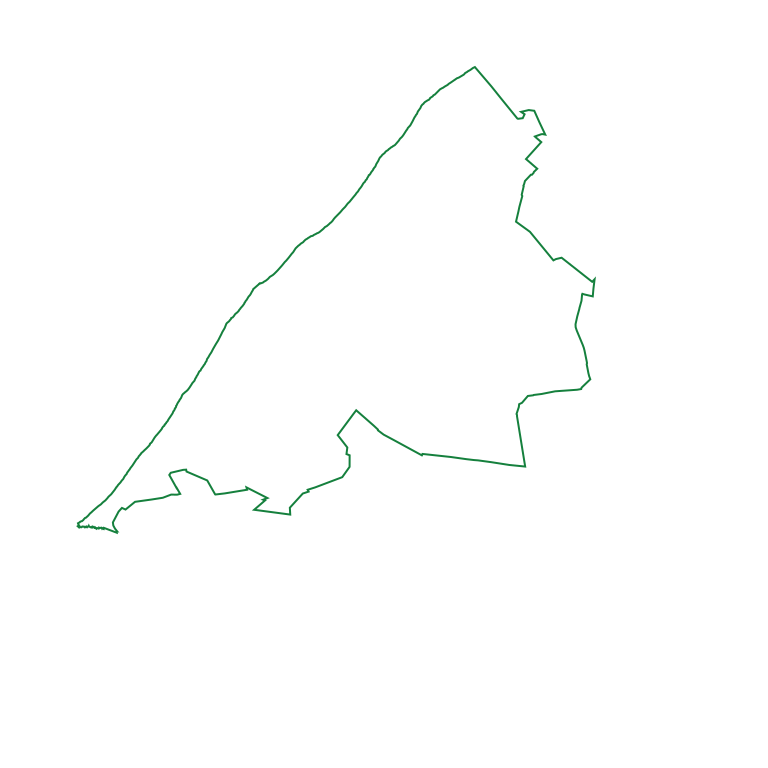 Užavas pag., Ventspils, Latvia (Robinson projection), rotated 40°
{"feature_id": "27541924B2507062447698", "entity_name": "Užavas pag.", "entity_type": "district", "adm_level": 2, "iso_a3": "LVA", "parent_name": "Latvia", "parent_adm1": "Ventspils", "projection": "robinson", "projection_center": [21.426, 57.179], "detail": "fine", "context": "isolated", "style": "outline", "palette": "green", "viewbox_px": 768, "rotation_deg": 40, "n_neighbors": 0, "source": "geoboundaries", "source_scale": "gbopen_adm2", "svg_char_len": 6093}
<svg xmlns="http://www.w3.org/2000/svg" viewBox="0 0 768 768"><g transform="rotate(40 384 384)"><path d="M545.2,356.5L506.5,323.1L505.9,322.3L504.8,321.8L502.1,315.0L500.5,312.6L501.8,309.7L501.9,300.7L505.6,296.7L505.7,296.2L511.1,290.4L519.8,279.6L535.6,264.3L538.3,261.1L537.7,259.8L539.0,247.8L536.1,246.1L533.6,244.3L526.6,238.6L526.1,237.5L524.4,236.1L516.1,229.5L513.7,227.8L511.1,226.3L497.2,219.1L494.3,217.3L492.3,215.1L488.6,208.0L485.3,200.8L485.0,200.4L481.8,193.3L478.2,188.1L478.0,187.4L479.7,186.7L487.6,182.7L483.2,176.4L478.0,168.4L477.8,171.9L438.9,173.1L435.4,177.8L434.3,180.4L398.0,173.6L380.8,174.8L375.9,165.1L373.9,161.4L369.1,151.1L367.9,150.6L363.9,142.7L363.4,142.6L362.8,140.7L361.5,137.9L362.0,129.3L362.8,128.6L362.9,126.2L362.5,125.2L363.0,120.6L348.2,120.4L349.0,97.6L341.3,97.5L340.5,97.4L343.9,91.6L344.9,90.6L347.2,89.3L334.8,83.6L323.5,78.1L318.8,81.1L314.1,87.4L318.3,87.0L319.4,91.2L316.2,94.7L315.4,94.9L290.0,90.0L275.0,87.0L249.9,82.8L249.0,84.8L248.3,87.8L247.2,90.7L247.0,91.8L246.3,93.5L246.3,95.3L246.2,95.9L244.3,101.3L243.4,102.8L241.3,110.4L240.6,112.6L240.5,113.9L239.4,116.9L238.7,119.4L238.3,120.1L237.5,122.3L236.9,129.6L236.3,131.0L236.4,132.3L235.5,135.2L235.7,135.6L235.7,137.4L235.1,138.6L234.1,141.8L234.0,143.1L234.1,144.1L233.8,145.1L233.8,146.9L234.5,149.3L234.8,153.5L235.6,155.9L235.6,157.6L235.9,158.7L236.0,160.2L237.0,164.3L237.9,169.0L237.7,172.6L238.1,174.1L238.1,175.4L238.8,180.7L238.9,182.1L238.9,183.5L238.6,185.8L238.9,188.1L238.8,193.8L238.4,195.1L238.0,196.0L237.9,196.8L237.2,198.6L237.2,199.3L236.7,201.1L236.7,202.2L236.0,204.3L235.9,205.2L236.0,206.7L235.4,209.5L235.5,211.5L235.3,213.0L235.5,214.3L236.2,216.8L236.7,220.3L237.6,223.1L237.5,224.7L237.7,225.7L237.6,226.1L237.9,226.7L238.0,227.5L238.1,230.4L238.4,231.4L238.4,232.0L238.5,232.7L238.4,233.4L238.1,233.8L238.5,234.9L238.8,237.1L239.2,238.3L239.0,239.7L239.4,241.4L239.2,242.6L239.2,243.7L239.8,247.1L239.9,249.1L239.9,250.7L240.3,253.2L240.2,255.6L240.4,257.1L240.4,260.7L240.5,266.5L240.2,269.1L240.4,273.3L240.1,276.9L240.1,280.4L239.5,288.0L239.5,290.0L239.7,292.1L239.6,294.1L239.2,295.7L239.2,296.5L238.7,299.7L237.9,301.8L237.8,304.0L236.9,309.2L236.3,310.8L235.7,311.8L235.4,312.8L234.4,315.0L234.2,316.2L232.9,318.0L232.6,319.4L232.0,320.9L231.9,321.7L231.1,323.9L230.9,325.8L230.9,327.3L230.0,330.1L229.9,331.6L229.5,333.0L229.1,336.9L229.7,341.5L229.6,343.5L229.8,348.5L229.8,352.4L229.6,354.3L229.7,358.7L229.5,365.6L229.1,370.1L228.8,372.0L227.7,375.3L227.6,378.0L227.1,380.7L226.2,383.1L226.1,384.0L225.1,385.8L224.2,386.5L224.4,387.1L223.9,387.6L224.0,388.0L223.1,393.8L223.0,394.6L222.8,395.0L223.3,396.7L223.5,398.3L224.1,401.1L224.2,402.1L224.1,404.1L224.7,407.8L224.7,409.5L225.0,410.8L224.9,411.3L225.3,412.2L225.5,414.9L225.4,418.0L225.5,418.6L225.5,420.7L225.7,421.1L225.6,423.4L225.1,425.8L225.1,426.7L225.3,428.1L225.3,430.2L224.6,431.7L224.8,432.0L225.0,432.9L224.9,433.6L225.0,435.5L224.5,438.2L224.5,439.1L226.0,443.6L226.8,448.3L227.3,450.1L229.0,457.4L229.5,461.1L230.5,466.8L231.4,470.8L231.7,473.6L232.3,476.7L232.4,478.5L233.3,480.6L233.4,482.2L233.9,483.9L233.9,485.8L234.1,486.3L234.3,489.8L234.8,491.7L234.5,492.5L234.5,493.5L235.3,496.7L235.5,498.7L235.8,499.4L236.0,501.2L236.7,503.3L236.6,506.5L236.8,507.7L237.3,511.6L237.4,513.1L237.4,513.7L237.5,514.1L237.3,516.3L236.8,518.6L236.8,519.2L236.5,520.5L236.5,522.1L237.3,524.5L237.6,525.7L237.5,526.4L237.7,527.1L237.7,528.1L238.0,528.7L238.0,530.0L238.4,532.3L238.6,532.7L238.9,534.0L238.8,534.3L239.4,535.2L239.5,535.6L239.6,536.4L239.5,537.2L239.9,537.7L240.3,539.5L240.2,540.3L240.9,542.4L241.7,549.9L242.1,551.6L242.0,553.5L242.3,554.3L242.1,555.1L242.2,555.7L242.1,556.3L242.4,556.7L242.5,557.2L242.2,558.6L242.3,560.2L242.6,561.0L242.7,562.7L242.7,569.2L242.6,569.7L242.7,572.4L243.5,577.7L243.5,578.7L243.2,579.6L243.2,580.2L243.3,580.7L243.6,580.9L243.7,582.1L243.4,586.2L243.0,589.2L243.0,589.8L242.5,593.2L242.7,593.7L242.6,594.5L242.7,595.1L242.6,597.0L243.0,598.7L242.8,600.8L243.7,608.2L243.8,611.5L244.1,613.2L244.0,614.0L244.2,615.4L244.2,616.6L244.4,617.7L244.7,618.3L244.6,620.5L244.8,622.3L245.3,624.3L245.2,626.7L245.4,628.8L245.2,632.4L245.4,633.8L245.3,635.0L245.5,635.4L245.4,636.0L245.7,637.9L245.9,643.9L245.5,646.7L245.4,648.1L245.5,648.9L245.4,652.2L244.7,655.5L244.5,658.2L243.7,661.1L242.6,667.9L242.3,670.6L242.0,672.1L242.0,675.1L241.6,678.0L241.1,678.8L241.0,680.6L241.1,681.7L240.9,682.3L240.8,683.2L240.5,683.5L239.9,684.6L239.7,685.4L239.8,685.6L239.1,687.4L240.7,688.3L241.2,688.3L240.8,689.8L242.6,689.9L242.5,689.3L243.0,688.9L244.1,688.5L244.6,687.4L244.5,687.1L244.8,686.8L245.4,686.5L245.8,686.1L246.7,686.2L247.1,684.8L246.8,684.7L247.9,684.6L248.0,685.0L248.2,684.8L248.6,684.6L248.4,684.1L249.0,684.0L248.7,683.9L248.8,683.6L249.3,683.2L249.1,682.5L249.5,682.7L250.2,682.6L251.0,682.4L251.6,682.0L251.8,681.7L252.1,681.9L252.3,681.4L253.0,681.3L253.1,680.9L252.9,680.8L253.7,680.4L253.4,680.2L254.1,680.0L254.9,680.3L255.5,679.9L256.1,679.8L255.8,679.5L256.1,679.5L256.5,679.1L256.9,679.2L257.2,678.9L257.4,678.4L258.3,678.2L258.6,677.6L258.4,677.3L258.8,677.3L259.0,676.7L259.7,676.1L259.8,675.8L260.2,675.7L260.7,675.9L260.6,675.5L261.4,675.3L261.7,675.5L262.4,675.3L262.1,674.8L262.5,674.7L262.6,674.4L262.3,674.1L274.9,669.7L273.6,668.4L273.8,668.3L270.9,667.7L267.6,666.4L265.3,664.3L262.7,652.3L262.9,647.4L266.7,646.3L269.0,634.3L280.2,621.9L287.7,613.3L292.0,605.6L296.7,601.7L298.5,599.2L291.9,596.8L291.9,597.0L278.0,591.7L277.7,589.1L285.3,578.9L287.5,576.8L289.0,578.0L310.6,571.5L325.6,577.1L325.9,577.0L332.4,570.1L347.1,553.0L345.1,551.6L368.0,546.3L365.8,550.3L367.7,549.7L365.4,563.8L396.1,544.3L391.4,539.3L392.2,520.1L395.4,514.9L393.5,514.1L397.7,507.5L411.9,482.2L410.9,469.6L403.5,460.7L400.3,461.8L396.7,456.2L381.4,452.9L379.8,426.2L379.6,422.0L403.0,422.5L408.6,422.8L408.8,423.2L409.2,423.4L416.3,423.0L427.3,420.7L458.9,414.3L458.7,413.1L458.5,412.8L482.2,396.9L495.3,388.7L501.7,384.5L505.2,382.0L516.3,375.0L532.0,365.5L545.2,356.5Z" fill="none" stroke="#15803d" stroke-width="2"/></g></svg>